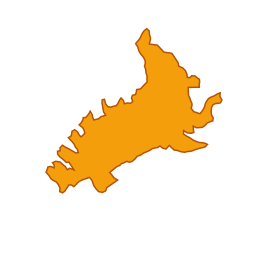 the district of Dona Emma, Santa Catarina, Brazil, rotated 320°
{"feature_id": "56859067B98019570265908", "entity_name": "Dona Emma", "entity_type": "district", "adm_level": 2, "iso_a3": "BRA", "parent_name": "Brazil", "parent_adm1": "Santa Catarina", "projection": "robinson", "projection_center": [-49.782, -26.987], "detail": "fine", "context": "isolated", "style": "filled", "palette": "amber", "viewbox_px": 256, "rotation_deg": 320, "n_neighbors": 0, "source": "geoboundaries", "source_scale": "gbopen_adm2", "svg_char_len": 2979}
<svg xmlns="http://www.w3.org/2000/svg" viewBox="0 0 256 256"><g transform="rotate(320 128 128)"><path d="M202.9,73.9L204.5,70.3L206.6,67.2L206.2,64.0L203.1,63.9L200.7,64.4L198.0,65.5L194.6,67.1L191.3,67.7L188.1,68.3L187.6,72.1L185.8,76.2L185.3,79.7L185.3,83.8L184.4,87.4L182.7,89.7L180.5,91.1L179.1,94.7L177.1,97.6L176.2,100.2L174.5,102.1L172.1,105.1L169.2,105.3L166.5,105.6L162.7,106.1L159.3,104.1L157.3,105.9L155.2,107.2L152.4,105.8L149.9,107.3L148.7,110.7L145.9,110.8L143.6,108.4L140.8,107.1L142.2,103.9L142.0,100.5L139.0,101.3L135.8,102.8L133.2,103.3L130.9,102.0L128.1,100.9L126.3,98.8L126.3,95.4L128.4,90.8L126.4,89.8L124.2,92.0L122.7,94.7L121.3,97.1L119.6,100.0L119.2,103.7L117.0,103.1L115.0,102.0L111.4,102.0L109.2,101.0L106.9,99.8L107.9,97.1L109.2,94.5L109.8,90.8L107.6,91.8L104.9,92.4L102.4,92.8L100.4,91.3L98.6,92.8L95.6,93.9L92.6,94.2L93.5,98.6L93.0,101.2L91.6,104.2L88.8,104.6L86.3,104.6L86.1,102.0L86.9,98.4L86.0,95.1L83.1,94.5L79.5,97.5L76.1,97.1L76.4,102.1L76.3,105.8L75.4,109.0L75.5,111.5L74.2,114.9L72.0,113.7L70.8,110.3L69.2,105.7L67.9,103.0L66.7,99.0L63.2,99.5L61.5,101.8L59.1,100.5L57.3,102.8L57.2,106.1L58.1,110.3L58.6,114.7L60.8,116.2L60.4,119.7L59.7,125.3L57.4,121.3L54.7,121.0L55.2,117.3L54.6,114.1L54.1,110.3L51.2,107.0L47.9,106.1L47.5,109.2L45.7,111.0L44.0,107.6L41.6,106.4L39.5,107.8L36.8,109.2L36.9,113.8L36.3,117.3L37.2,120.5L38.4,123.4L38.3,126.5L37.2,130.4L34.8,132.8L36.2,135.6L39.1,135.8L41.2,135.0L43.4,134.5L46.0,133.6L48.0,135.2L48.8,138.1L51.6,137.9L55.0,137.5L58.3,138.0L61.3,139.0L64.3,140.2L66.7,141.0L66.8,144.8L65.6,147.7L64.8,150.2L64.4,153.5L64.6,157.8L67.0,160.9L70.4,161.8L73.5,160.1L86.6,161.2L85.2,157.0L85.5,153.0L85.3,150.3L94.6,150.4L97.7,151.4L99.8,151.0L102.8,152.1L105.6,152.8L107.0,155.0L109.2,156.1L113.2,156.3L117.0,155.6L119.9,156.8L123.4,157.1L126.7,158.1L130.1,159.1L133.1,159.4L136.0,160.7L138.3,162.1L140.9,162.2L141.7,165.9L143.6,168.5L146.3,168.2L148.5,167.9L148.8,171.8L149.2,174.6L151.4,177.0L153.3,180.2L155.8,183.0L158.5,184.3L160.7,185.9L162.8,186.9L165.4,187.7L168.7,189.1L172.6,191.0L175.2,192.1L178.3,191.6L177.2,189.1L175.2,186.8L173.2,184.8L171.9,182.7L170.2,179.3L169.1,175.2L167.8,172.2L166.6,168.4L169.0,165.7L170.2,169.7L172.9,172.6L175.6,173.7L177.1,171.2L179.1,168.5L180.6,171.8L183.2,173.8L185.6,175.3L188.5,175.6L191.8,175.1L195.1,176.0L197.5,177.1L199.8,174.9L200.4,171.7L202.3,168.8L205.2,166.0L208.0,164.8L211.0,165.6L212.8,167.0L215.0,168.1L218.0,166.9L218.7,162.9L221.2,160.3L218.2,159.3L214.7,158.8L211.2,157.6L208.6,157.2L206.3,157.8L203.5,158.7L200.2,161.0L197.3,162.2L194.6,162.9L192.3,163.3L190.7,160.7L188.8,157.6L189.1,153.4L191.3,152.1L192.8,150.2L193.5,147.6L194.6,144.7L195.4,141.8L200.2,135.6L208.8,142.6L210.2,140.7L212.6,138.7L214.0,136.5L213.2,134.2L212.8,131.2L210.4,128.9L207.8,129.2L205.9,127.3L207.7,124.8L208.9,120.7L208.5,117.0L206.6,113.3L208.4,110.0L209.6,99.0L204.3,93.0L203.8,83.4L198.3,77.4L202.9,73.9Z" fill="#f59e0b" stroke="#b45309" stroke-width="1.5"/></g></svg>